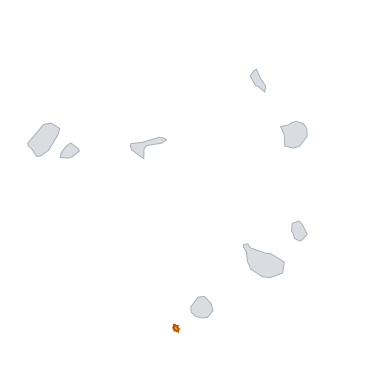 location of Nossa Senhora Do Monte, Brava, Cabo Verde, rotated 336°
{"feature_id": "66160863B40523802781782", "entity_name": "Nossa Senhora Do Monte", "entity_type": "district", "adm_level": 2, "iso_a3": "CPV", "parent_name": "Cabo Verde", "parent_adm1": "Brava", "projection": "mercator", "projection_center": [-24.736, 14.849], "detail": "fine", "context": "in_parent", "style": "filled", "palette": "amber", "viewbox_px": 384, "rotation_deg": 336, "n_neighbors": 0, "source": "geoboundaries", "source_scale": "gbopen_adm2", "svg_char_len": 2960}
<svg xmlns="http://www.w3.org/2000/svg" viewBox="0 0 384 384"><g transform="rotate(336 192 192)"><path d="M247.8,293.6L241.8,302.9L228.8,302.1L222.1,298.3L214.3,286.5L214.5,277.5L217.3,269.6L216.8,262.7L217.9,260.9L221.9,262.1L222.6,266.7L234.4,278.0L238.8,280.2L247.8,293.6ZM78.2,95.4L68.7,97.6L64.6,96.5L63.3,88.4L61.3,83.0L61.8,80.6L83.8,70.0L91.5,71.8L96.9,80.2L93.2,84.9L78.2,95.4ZM299.5,168.2L307.7,170.0L310.8,169.3L316.0,169.8L321.6,175.1L322.7,180.8L319.9,188.0L309.0,193.8L302.8,193.2L295.4,187.8L299.6,177.2L299.5,168.2ZM162.9,309.0L155.2,312.9L149.9,311.2L144.8,307.2L142.3,301.4L144.3,296.4L154.6,290.5L160.8,292.4L164.1,301.5L162.9,309.0ZM184.5,128.7L188.6,131.7L189.9,133.9L183.9,135.0L169.3,131.1L165.4,133.5L161.5,142.0L154.0,129.1L154.5,124.4L156.1,123.0L166.5,126.4L184.5,128.7ZM273.5,280.5L270.8,280.8L266.7,276.2L267.6,269.9L267.1,268.2L270.7,261.4L277.9,262.0L279.7,267.1L280.0,277.4L273.5,280.5ZM106.0,108.6L97.9,111.1L92.9,110.8L85.8,107.1L88.0,103.2L95.8,98.9L101.1,97.9L105.5,105.7L106.0,108.6ZM302.4,124.9L299.2,130.2L295.4,122.5L293.3,120.7L292.3,109.6L298.0,106.3L300.8,106.0L300.8,117.4L302.4,124.9Z" fill="#d9dde1" stroke="#a8b0b8" stroke-width="1"/><path d="M122.1,305.9L121.9,305.8L121.6,305.8L121.5,306.0L121.4,306.0L121.2,306.2L121.1,306.3L121.1,306.5L121.0,306.4L120.9,306.3L121.0,306.5L120.9,306.7L120.9,306.8L121.0,307.0L121.3,307.3L121.2,307.5L121.1,307.8L120.9,307.9L120.9,308.0L120.7,308.0L120.7,307.9L120.6,308.0L120.5,307.9L120.4,307.8L120.3,308.0L120.3,307.9L120.3,308.0L120.2,308.0L120.1,307.9L120.0,307.7L120.0,307.8L119.9,307.9L120.0,307.9L119.9,307.9L119.9,308.0L119.7,308.1L119.7,308.3L119.7,308.5L119.6,308.8L119.7,309.0L119.8,309.0L119.8,309.3L119.7,309.3L119.6,309.5L119.8,309.6L120.0,309.7L120.0,309.8L120.0,310.0L119.9,310.2L119.9,310.3L120.0,310.5L119.9,310.7L119.7,310.6L119.7,310.8L119.6,311.0L119.7,311.3L119.8,311.4L120.0,311.4L119.9,311.5L120.0,311.5L120.3,311.8L120.3,311.7L120.5,311.4L120.7,311.5L120.8,311.5L121.0,311.7L121.0,311.8L121.1,312.0L121.3,312.1L121.3,312.3L121.4,312.6L121.5,312.6L121.6,312.8L121.8,312.8L121.9,313.0L121.8,313.3L122.1,313.3L122.3,313.4L122.4,313.5L122.5,313.6L122.8,313.7L122.8,313.8L122.8,314.0L122.9,313.9L122.9,313.7L123.0,313.5L123.0,313.4L123.1,313.2L123.0,312.9L123.0,312.7L123.4,312.6L123.5,312.6L123.8,312.4L123.7,312.4L123.7,312.2L123.8,312.1L123.9,311.9L123.8,311.7L124.1,311.5L124.0,311.4L124.0,311.2L124.1,310.9L124.0,310.7L123.9,310.5L123.9,310.4L123.7,310.1L123.8,310.1L124.1,310.0L124.1,309.9L124.2,309.7L123.9,309.5L124.1,309.3L124.1,309.1L124.1,308.9L124.2,308.7L124.3,308.6L124.5,308.4L124.4,308.4L124.1,308.2L123.9,308.1L124.0,308.1L123.9,308.0L123.7,308.0L123.6,307.9L123.4,307.8L123.2,307.8L123.0,307.6L122.8,307.5L122.7,307.5L122.6,307.4L122.6,307.2L122.7,306.9L122.7,306.7L122.4,306.6L122.2,306.5L122.2,306.3L122.1,306.2L122.1,305.9ZM121.6,305.6L121.7,305.4L121.6,305.5L121.6,305.6Z" fill="#f59e0b" stroke="#b45309" stroke-width="1.5"/></g></svg>